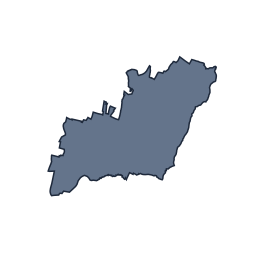 the district of Pancesti, Bacau, Romania, rotated 29°
{"feature_id": "2599482B36225776128358", "entity_name": "Pancesti", "entity_type": "district", "adm_level": 2, "iso_a3": "ROU", "parent_name": "Romania", "parent_adm1": "Bacau", "projection": "orthographic", "projection_center": [27.113, 46.364], "detail": "fine", "context": "isolated", "style": "filled", "palette": "slate", "viewbox_px": 256, "rotation_deg": 29, "n_neighbors": 0, "source": "geoboundaries", "source_scale": "gbopen_adm2", "svg_char_len": 5779}
<svg xmlns="http://www.w3.org/2000/svg" viewBox="0 0 256 256"><g transform="rotate(29 128 128)"><path d="M94.0,224.2L95.7,222.9L99.9,220.2L99.8,219.3L100.2,218.0L102.0,217.3L102.3,214.5L107.9,212.5L110.4,204.8L110.6,203.7L110.6,203.2L110.7,202.1L110.0,198.2L110.5,194.5L111.2,192.9L112.2,191.4L113.0,190.5L116.0,190.1L118.7,191.0L119.6,191.8L120.9,191.8L121.7,191.5L122.8,190.5L126.0,189.3L126.7,188.4L126.9,187.8L127.7,186.9L127.5,186.3L127.9,185.9L127.7,185.5L127.7,185.3L127.9,185.3L128.3,184.9L128.6,185.1L128.9,185.0L128.9,184.6L128.8,184.4L129.0,184.3L129.1,184.1L129.0,183.8L129.3,183.3L129.8,183.2L129.9,182.9L130.5,182.5L130.6,182.2L130.8,182.1L130.9,181.4L131.2,180.9L131.5,180.9L131.9,180.1L132.8,179.6L133.2,179.1L133.6,179.1L133.5,178.7L133.2,178.4L133.4,178.2L134.1,178.3L134.9,178.2L135.3,177.8L135.8,178.0L136.3,177.6L136.3,177.8L136.4,177.6L136.7,177.8L137.3,177.7L137.8,178.0L138.6,177.4L138.8,176.8L139.4,176.9L140.0,176.7L140.3,176.2L140.5,176.0L140.7,175.4L140.5,175.1L141.0,175.0L141.0,174.8L141.4,174.5L141.4,173.9L141.8,173.7L141.8,173.4L142.0,173.2L142.7,173.6L143.1,173.1L143.7,173.2L143.9,173.1L144.0,172.7L144.3,172.7L144.0,172.5L144.1,172.4L145.2,172.3L145.6,172.8L146.2,172.5L146.7,173.7L147.1,173.5L147.6,173.7L147.9,173.7L148.5,174.1L149.9,174.5L150.1,174.3L150.2,173.7L150.0,173.0L151.6,173.9L151.4,172.6L151.0,166.3L154.9,166.1L154.7,164.9L157.2,164.8L158.4,164.9L159.0,164.1L159.7,163.4L159.6,162.8L160.1,162.9L161.0,161.7L162.3,161.7L163.6,161.4L165.7,160.4L168.2,158.7L171.5,157.6L173.7,157.3L174.3,156.9L174.3,156.7L174.7,156.7L175.1,156.3L175.1,156.2L175.8,156.0L176.2,156.1L176.9,156.8L177.0,156.7L177.3,156.9L178.4,156.9L178.8,157.0L179.0,157.2L179.6,157.3L182.3,156.9L183.1,156.6L183.0,155.5L182.0,153.1L182.0,152.7L181.8,151.8L181.9,150.8L182.4,149.0L181.9,148.1L181.8,147.7L181.5,147.7L181.4,147.1L182.2,146.7L181.7,145.9L181.4,145.1L182.2,144.7L182.9,144.5L183.0,143.8L183.2,143.7L183.7,142.4L183.7,142.1L184.4,141.4L184.4,141.2L185.3,140.0L186.7,138.4L185.4,137.2L184.6,136.2L184.0,134.6L183.8,133.5L183.0,132.2L182.5,130.4L182.6,129.7L182.8,129.4L182.7,127.2L182.4,126.5L182.1,125.4L181.4,123.8L181.1,122.2L180.8,121.3L180.9,120.2L181.7,118.5L181.6,117.8L181.8,116.7L181.8,115.8L181.5,113.6L181.9,112.5L181.7,112.2L181.3,110.7L181.5,109.8L181.3,108.7L181.3,107.3L181.3,106.8L181.6,105.7L181.8,102.4L181.4,100.8L181.2,99.5L180.9,98.2L179.6,95.1L179.0,93.3L179.0,92.1L178.0,89.1L177.8,87.9L178.1,86.6L177.7,85.7L177.2,85.3L177.0,84.7L177.1,84.3L177.6,83.3L177.6,82.6L177.2,80.7L177.5,78.8L177.2,77.9L176.7,77.0L176.8,76.7L177.1,76.4L178.1,75.8L179.0,73.9L180.4,72.7L180.9,70.0L181.2,69.1L181.5,68.5L182.0,68.0L183.4,67.4L183.3,67.1L183.7,64.9L183.7,63.8L183.4,62.8L183.3,61.5L182.8,60.0L182.5,57.3L181.2,55.0L179.7,53.1L179.3,51.1L179.2,49.7L179.5,48.6L179.7,48.3L180.2,47.0L180.5,46.2L181.5,45.3L181.8,44.3L181.1,42.5L180.8,41.3L180.5,41.0L180.1,39.7L179.2,38.6L177.4,37.3L177.3,37.1L176.5,36.8L176.0,35.5L175.9,34.9L176.1,34.5L176.1,33.9L175.6,33.7L175.6,33.3L175.9,32.8L175.9,32.5L175.7,32.3L175.3,32.3L175.2,31.8L174.4,31.8L173.5,32.8L173.2,33.8L172.7,34.5L171.4,35.1L170.3,35.9L169.5,37.3L169.2,37.3L168.8,37.6L168.2,37.9L167.3,38.5L166.9,37.5L166.3,37.3L164.8,36.5L163.8,36.2L163.9,35.3L163.2,34.7L162.0,34.7L158.7,35.7L157.0,35.7L156.8,35.9L156.0,36.0L155.3,36.3L153.7,36.5L150.6,37.2L150.6,42.1L146.1,41.7L138.8,40.7L139.1,45.0L138.4,47.2L138.3,47.5L137.4,47.4L135.8,47.6L135.4,48.0L135.4,49.5L134.7,51.7L134.5,54.2L134.5,55.1L134.9,56.8L134.3,58.5L133.4,60.5L132.3,60.6L131.9,60.9L131.9,63.2L130.1,63.6L128.3,64.2L127.6,64.6L127.4,65.8L127.5,70.0L127.4,72.8L125.7,72.7L125.3,72.8L125.2,72.7L124.3,72.7L124.3,73.0L122.2,73.2L121.5,72.1L121.2,70.8L120.8,69.9L120.5,68.7L119.7,66.8L118.7,65.5L117.8,63.4L116.7,63.1L116.6,63.8L116.6,69.3L115.9,71.9L114.5,74.2L113.4,75.2L112.1,76.7L111.7,76.9L111.0,76.6L109.6,75.3L108.7,74.1L108.1,73.6L107.6,73.5L105.5,73.8L102.8,74.9L102.5,75.6L102.1,75.8L102.1,76.1L101.7,76.4L101.6,76.8L101.3,76.8L100.2,78.3L100.1,78.5L100.3,78.7L100.1,78.9L100.1,79.2L99.9,79.5L99.7,80.6L103.4,83.0L103.7,83.3L103.9,84.1L104.3,84.5L104.5,84.9L104.8,85.1L104.9,85.4L105.3,85.8L106.1,87.2L106.4,88.2L107.9,90.6L108.2,91.5L111.7,92.1L111.7,92.3L111.1,92.2L111.1,92.5L111.4,92.5L111.3,93.0L111.9,93.2L111.8,94.7L112.6,94.6L112.7,93.6L112.9,92.4L112.8,91.9L114.3,92.5L114.5,93.0L114.5,94.4L114.8,95.7L114.7,96.1L114.8,96.4L112.0,98.6L107.0,97.8L108.1,100.8L108.6,101.0L108.7,101.5L109.1,101.2L109.0,102.3L109.4,105.0L109.1,105.8L109.8,107.8L110.4,108.6L111.9,112.2L112.4,113.2L112.6,114.1L112.9,114.8L113.2,116.4L113.8,117.8L114.0,118.6L114.5,120.0L115.2,122.6L115.7,125.3L115.2,125.5L112.5,126.0L107.1,126.3L106.8,125.1L107.5,120.3L107.4,120.0L106.7,119.4L107.1,118.7L107.3,116.8L106.9,116.9L102.0,117.4L102.0,118.7L103.1,122.9L104.1,125.3L103.9,125.5L102.9,125.5L102.4,125.8L101.6,126.0L97.9,117.6L98.2,117.3L98.1,116.8L97.7,117.2L97.4,117.1L97.0,117.5L97.0,117.3L97.2,117.1L97.1,116.6L96.7,116.6L96.3,115.9L95.6,116.1L94.1,116.1L97.5,125.6L98.5,125.6L99.5,128.8L98.7,128.8L94.7,130.0L89.9,131.0L91.0,135.2L91.3,138.3L87.9,138.2L87.9,138.6L87.7,141.6L85.2,142.4L85.3,145.3L84.4,145.5L84.2,144.6L74.9,147.3L75.1,148.0L74.1,147.8L73.6,148.2L72.4,148.6L71.6,148.4L70.9,148.6L69.3,148.6L69.8,150.0L70.5,152.9L69.7,155.0L69.9,156.5L70.4,157.7L72.1,159.8L75.8,162.9L76.6,164.4L74.3,168.1L74.4,173.2L75.7,172.8L77.6,178.7L82.6,177.6L83.9,179.6L84.1,180.4L84.1,182.0L84.2,182.8L84.5,183.6L82.4,184.4L82.6,185.0L81.3,185.5L81.7,186.8L74.5,188.7L74.6,189.5L75.3,190.7L75.8,191.9L76.7,193.4L77.5,194.4L77.9,196.6L78.4,200.7L78.7,202.3L78.9,203.7L79.1,204.4L80.3,204.0L84.5,201.4L88.3,213.6L89.4,218.2L90.3,220.6L90.9,221.7L92.1,223.0L93.1,223.8L94.0,224.2Z" fill="#64748b" stroke="#1e293b" stroke-width="1.5"/></g></svg>